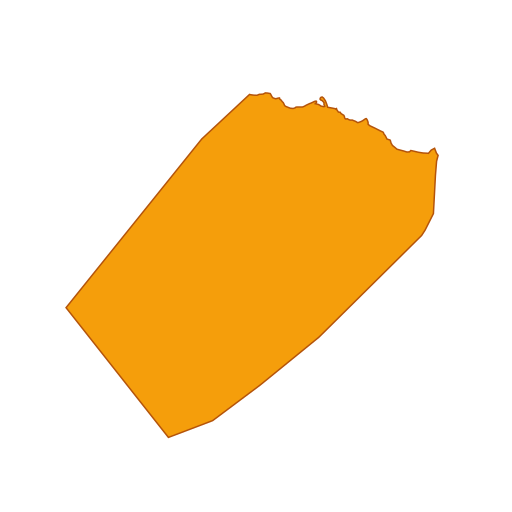 the district of Ras Sidr, Janub Sina', Egypt, rotated 129°
{"feature_id": "37247803B11741715008069", "entity_name": "Ras Sidr", "entity_type": "district", "adm_level": 2, "iso_a3": "EGY", "parent_name": "Egypt", "parent_adm1": "Janub Sina'", "projection": "robinson", "projection_center": [32.786, 29.599], "detail": "fine", "context": "isolated", "style": "filled", "palette": "amber", "viewbox_px": 512, "rotation_deg": 129, "n_neighbors": 0, "source": "geoboundaries", "source_scale": "gbopen_adm2", "svg_char_len": 1761}
<svg xmlns="http://www.w3.org/2000/svg" viewBox="0 0 512 512"><g transform="rotate(129 256 256)"><path d="M415.7,371.1L452.1,209.9L411.2,186.1L353.8,171.6L279.4,156.0L135.8,140.2L129.4,140.9L111.4,144.8L80.4,167.3L68.7,175.3L63.2,177.8L62.5,180.5L59.9,185.0L63.4,186.5L67.7,186.6L68.0,187.1L68.3,187.5L68.5,187.8L70.3,190.3L70.7,190.8L73.3,195.3L75.1,199.1L76.6,202.1L78.4,202.2L80.2,204.1L81.5,207.4L83.3,211.4L84.3,213.7L84.2,216.3L84.2,219.6L83.2,222.2L81.8,224.1L81.5,224.8L82.7,227.8L81.9,229.5L81.1,231.4L80.7,233.3L79.9,234.7L79.8,235.4L80.5,238.0L81.8,244.1L83.1,249.4L83.1,251.7L81.5,253.1L80.3,255.1L79.8,256.7L80.3,257.2L81.4,257.6L83.6,258.2L85.2,258.9L87.5,260.2L88.4,261.0L88.7,263.3L89.8,266.8L90.8,267.9L91.5,269.2L91.9,271.4L93.0,272.4L93.2,273.0L92.9,274.0L92.1,274.9L91.4,276.2L91.8,279.6L91.3,281.0L91.7,281.6L92.3,282.5L91.5,285.2L90.8,286.2L91.7,286.5L91.6,287.0L93.0,289.7L95.3,293.9L93.6,296.4L91.7,299.7L90.7,303.0L90.8,304.7L91.9,305.4L93.0,305.4L93.9,304.8L94.0,303.6L93.6,302.3L93.8,301.0L94.1,299.6L95.5,298.5L96.1,297.2L96.5,296.7L97.3,297.3L98.6,299.9L98.7,301.6L99.0,303.0L100.3,305.7L99.7,305.6L99.0,305.7L98.5,305.7L98.1,305.9L97.7,306.5L98.4,307.4L99.4,308.0L99.9,308.2L102.4,309.4L103.9,310.3L107.0,311.8L109.3,312.7L110.9,313.6L112.2,315.2L114.0,317.4L115.1,318.6L116.6,319.0L118.0,320.0L119.6,322.4L121.1,327.3L121.0,328.6L120.4,329.7L119.7,331.2L119.5,332.8L119.0,335.0L119.2,336.0L118.4,337.2L119.3,338.1L120.8,339.2L121.5,339.8L122.4,342.2L122.3,343.4L121.8,344.7L121.3,345.8L120.8,347.2L122.2,349.7L123.4,351.4L124.6,351.9L125.6,352.3L126.7,353.4L128.3,355.2L129.6,355.9L130.4,356.3L132.3,358.8L133.4,360.6L134.0,361.6L134.5,362.7L199.2,371.8L415.7,371.1Z" fill="#f59e0b" stroke="#b45309" stroke-width="1.5"/></g></svg>